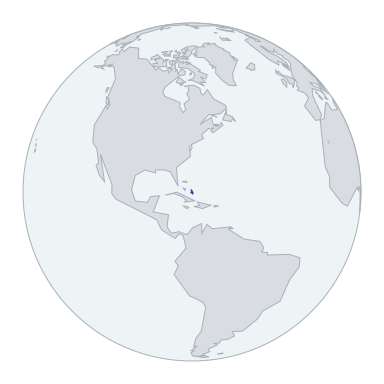 Long Island highlighted on a globe, orthographic projection
{"feature_id": "BHS-5033", "entity_name": "Long Island", "entity_type": "District", "adm_level": 1, "iso_a3": "BHS", "parent_name": "The Bahamas", "parent_adm1": "", "projection": "orthographic", "projection_center": [-75.131, 23.273], "detail": "fine", "context": "on_globe", "style": "filled", "palette": "violet", "viewbox_px": 384, "rotation_deg": 0, "n_neighbors": 0, "source": "natural_earth", "source_scale": "10m", "svg_char_len": 9546}
<svg xmlns="http://www.w3.org/2000/svg" viewBox="0 0 384 384"><circle cx="192" cy="192" r="169" fill="#eef3f6" stroke="#a8b0b8"/><path d="M183.1,235.5L179.1,233.7L175.2,238.4L161.6,229.9L156.8,219.8L115.8,199.1L111.7,193.2L112.0,184.7L100.4,153.9L104.5,181.6L99.5,175.4L96.0,165.1L98.6,163.3L96.9,148.8L92.8,142.4L94.4,124.8L106.3,105.2L107.3,109.0L110.0,104.3L108.9,99.4L107.6,97.4L115.6,78.4L113.8,66.4L107.7,66.7L113.4,63.9L98.1,67.7L93.7,66.0L102.1,65.6L105.6,63.9L104.3,61.3L107.6,59.1L108.8,56.8L112.9,54.5L117.5,55.0L120.2,53.7L119.1,52.1L122.5,49.1L123.7,51.7L129.7,47.0L138.6,48.1L138.6,58.7L146.9,59.1L155.9,70.1L158.5,67.8L163.5,71.2L168.3,70.0L168.6,72.9L172.2,69.6L171.1,67.2L172.3,65.1L175.0,64.4L175.8,67.7L174.6,68.5L176.3,69.2L175.5,71.2L177.4,69.8L178.1,74.2L181.5,68.8L185.5,71.6L184.8,74.8L179.6,75.7L165.1,87.1L162.8,91.5L164.9,96.4L180.0,102.5L179.7,107.2L183.2,112.7L185.8,109.3L184.0,103.9L189.7,99.3L186.8,93.7L188.7,91.3L187.9,85.5L193.8,85.3L199.9,88.3L200.9,93.3L203.6,94.9L207.3,89.6L213.6,98.8L225.5,105.3L226.5,108.1L220.1,113.9L208.4,114.9L200.1,124.4L211.3,117.4L213.6,125.3L216.4,126.4L219.7,125.7L221.1,122.5L223.1,125.3L212.8,132.8L210.8,130.3L214.1,127.8L208.6,128.6L201.7,134.6L203.4,138.6L191.1,144.8L192.2,147.9L190.1,151.3L189.2,145.8L190.6,156.1L176.4,167.7L178.0,186.0L170.2,171.7L163.5,169.9L155.5,169.9L155.6,172.9L144.9,170.0L135.2,175.5L131.6,189.6L135.3,201.0L147.2,202.4L150.8,196.5L159.5,195.8L153.2,211.9L168.5,214.8L167.0,226.9L171.4,233.2L179.1,231.7L187.0,234.7L192.6,227.7L201.7,223.6L202.0,233.3L206.9,224.3L212.1,228.7L230.1,227.0L228.7,229.3L243.9,239.0L260.0,241.5L263.8,247.7L261.9,252.2L267.4,252.4L267.5,255.1L289.2,254.3L299.9,257.8L299.3,266.8L289.8,279.4L280.1,301.2L262.7,311.0L257.5,319.0L242.7,331.0L232.3,331.7L234.5,335.9L228.1,339.2L221.2,340.0L219.3,343.1L214.2,343.5L217.2,345.1L208.1,349.1L209.9,351.6L203.2,354.2L204.5,355.4L202.2,355.4L199.6,356.0L199.2,356.6L192.3,355.6L191.1,352.6L194.0,351.0L191.0,350.7L197.3,345.9L193.7,346.9L195.6,338.9L201.2,331.4L205.8,307.1L202.3,301.9L189.5,295.8L174.1,274.6L178.3,265.7L174.9,261.3L186.1,248.1L183.1,235.5ZM34.3,152.0L35.6,148.3L35.3,151.4L34.3,152.0ZM36.0,145.6L35.6,146.9L35.9,145.7L36.0,145.6ZM36.0,144.4L36.0,145.2L35.8,144.6L36.0,144.4ZM35.8,143.2L35.9,143.7L35.8,143.2ZM177.1,192.2L194.6,200.8L184.7,202.0L186.6,200.4L182.2,196.8L173.9,193.5L165.2,195.1L177.1,192.2ZM36.0,140.3L36.1,139.4L36.4,139.5L36.0,140.3ZM184.9,182.2L181.9,181.5L184.8,181.4L184.9,182.2ZM106.4,97.0L108.6,99.6L108.3,105.1L106.1,103.1L106.4,97.0ZM107.4,87.5L109.3,87.8L106.1,92.3L106.0,90.7L107.4,87.5ZM102.6,67.7L103.8,69.0L101.5,68.5L102.6,67.7ZM108.3,56.9L106.9,57.3L108.1,55.9L108.3,56.9ZM184.8,86.1L186.3,85.9L185.7,87.0L184.8,86.1ZM183.0,84.0L181.1,85.6L180.0,84.9L181.1,83.9L183.0,84.0ZM115.5,51.4L117.9,49.4L116.2,51.5L115.5,51.4ZM185.5,82.3L178.2,83.4L176.2,82.1L179.0,77.4L185.5,82.3ZM119.8,48.2L125.5,43.7L122.9,44.1L133.4,41.0L125.1,45.6L123.5,48.0L122.4,47.3L119.8,48.2ZM169.5,66.9L170.9,69.3L167.2,68.1L169.5,66.9ZM166.8,66.6L153.8,66.8L153.1,63.1L157.6,63.7L154.7,59.9L160.8,58.0L163.8,59.7L163.0,62.3L165.9,59.6L166.8,66.6ZM138.2,40.2L140.3,39.4L139.0,40.4L138.2,40.2ZM172.4,64.2L169.9,64.4L169.1,61.2L174.1,60.3L172.7,61.6L172.4,64.2ZM150.9,60.0L151.3,57.6L156.3,55.4L157.1,54.3L160.9,57.7L150.9,60.0ZM174.3,61.9L176.7,59.9L179.5,60.8L174.9,63.8L174.3,61.9ZM166.8,60.9L166.6,59.4L168.4,59.8L166.8,60.9ZM191.0,63.4L188.0,63.4L187.3,61.7L191.0,63.4ZM177.4,59.1L176.4,58.9L175.8,58.3L177.9,57.2L177.4,59.1ZM164.1,56.0L166.2,55.7L162.8,54.5L166.5,53.0L168.3,55.6L169.1,53.9L170.2,53.5L170.5,56.2L164.1,56.0ZM178.2,54.5L181.8,57.8L187.6,58.0L188.4,59.4L178.9,58.9L178.2,54.5ZM173.6,55.2L176.6,55.0L176.0,56.7L173.6,58.0L173.6,55.2ZM168.3,51.2L162.2,52.7L162.0,52.1L168.3,51.2ZM180.0,54.1L179.1,53.4L180.5,53.9L180.0,54.1ZM172.0,51.6L169.9,52.2L169.7,51.4L172.0,51.6ZM179.0,51.5L180.2,52.5L178.6,53.3L179.0,51.5ZM175.9,51.3L176.1,50.2L177.3,53.0L175.0,51.6L175.9,51.3ZM172.2,50.8L171.4,50.6L173.1,50.7L172.2,50.8ZM184.4,48.3L186.2,51.6L182.7,53.2L181.4,49.7L184.4,48.3ZM203.6,357.5L192.8,356.0L199.0,356.8L203.6,355.6L209.1,356.7L203.6,357.5ZM217.1,354.1L222.3,353.0L223.4,353.2L220.1,354.0L217.1,354.1ZM320.3,82.0L324.2,87.5L319.9,83.2L310.9,72.2L308.1,69.3L320.3,82.0ZM302.9,64.5L302.4,64.3L296.5,59.4L301.7,64.0L303.0,64.8L306.2,67.9L305.2,67.4L303.2,65.6L303.7,66.7L313.3,76.1L315.7,77.9L319.8,84.8L324.1,88.8L326.8,92.7L320.6,87.7L317.7,84.6L309.9,82.3L313.3,85.9L320.9,88.7L320.5,89.5L325.1,95.3L321.3,91.6L312.1,88.4L312.8,95.9L321.6,115.0L320.3,119.6L315.7,120.4L304.6,106.1L308.6,97.6L304.8,93.1L297.2,90.1L299.0,88.0L296.5,86.0L297.3,82.9L291.9,75.0L291.7,71.8L283.2,65.7L282.0,63.4L287.4,67.6L291.1,69.1L289.9,62.5L287.8,60.3L282.4,57.0L282.8,55.9L277.6,53.7L273.8,49.3L274.1,52.9L267.7,50.0L261.9,46.1L259.9,45.9L269.3,52.4L273.0,54.5L276.1,55.2L286.2,62.5L288.0,65.6L277.6,61.0L278.9,65.1L270.2,60.4L250.1,44.6L245.0,40.1L250.1,37.4L255.0,39.4L255.6,41.2L261.0,41.6L257.7,40.5L258.0,39.9L252.0,37.5L251.9,37.0L246.2,35.8L245.5,35.0L249.1,35.7L239.5,32.1L236.2,30.3L234.0,29.8L232.7,29.8L229.4,27.9L227.9,27.7L228.5,28.2L225.9,28.2L220.2,27.6L219.4,26.9L221.4,27.0L224.2,26.7L229.5,27.5L228.6,27.3L223.8,26.4L220.3,26.8L217.1,26.7L218.1,26.2L217.5,26.3L215.6,26.1L213.0,25.4L211.6,25.9L192.3,26.1L185.3,25.4L188.4,24.5L174.0,25.6L167.3,25.8L167.8,26.0L161.2,27.5L163.3,27.4L163.0,27.7L147.1,32.5L142.8,33.6L136.5,37.0L136.7,37.3L139.6,36.7L133.4,41.0L122.9,44.1L122.9,43.2L116.4,46.2L117.2,43.9L114.9,43.8L119.6,40.3L117.3,41.0L115.0,42.2L110.2,44.3L109.3,44.7L117.4,40.4L120.0,39.2L124.8,38.7L123.7,38.1L127.0,36.9L128.5,36.0L127.4,36.0L125.4,36.8L132.3,33.9L143.8,30.1L155.6,27.0L167.5,24.8L179.5,23.5L191.7,23.0L203.8,23.5L215.8,24.7L227.8,26.9L239.5,29.9L251.0,33.7L262.2,38.3L273.1,43.8L283.5,50.0L293.5,56.9L302.9,64.5ZM359.6,213.0L360.0,202.1L360.1,189.6L359.3,186.5L358.4,190.8L357.1,187.2L356.2,189.1L347.3,206.1L342.0,203.1L329.8,187.2L329.6,176.5L325.2,166.8L320.2,120.5L324.1,118.6L325.7,102.8L326.8,102.3L332.0,110.1L337.5,109.5L333.0,101.3L332.7,98.5L332.1,97.5L338.5,107.8L344.2,118.6L349.0,129.7L353.1,141.1L356.3,152.8L358.7,164.7L360.3,176.7L360.9,188.8L360.7,200.9L359.6,213.0ZM327.7,140.5L329.2,143.5L327.7,140.5ZM230.6,226.8L232.8,228.5L229.9,228.8L230.6,226.8ZM183.4,206.1L187.1,206.3L189.0,207.8L186.2,208.4L183.4,206.1ZM214.4,205.4L218.6,206.0L214.2,207.1L214.4,205.4ZM197.4,201.9L211.0,205.3L202.5,208.6L193.9,206.5L199.8,205.5L197.4,201.9ZM183.2,188.1L185.5,188.8L184.9,190.6L183.2,188.1ZM187.1,182.2L186.2,182.4L185.0,180.8L187.1,182.2ZM214.2,124.8L215.1,124.3L218.4,124.3L216.9,125.8L214.2,124.8ZM232.7,116.9L235.6,121.6L232.5,119.0L231.0,121.6L222.7,119.9L226.6,109.4L226.3,114.3L232.7,116.9ZM212.7,115.3L217.5,117.2L212.1,115.6L212.7,115.3ZM281.3,79.2L283.8,79.1L286.7,82.1L286.8,87.3L282.6,83.0L281.3,79.2ZM286.6,78.5L276.2,73.2L275.7,70.1L277.7,72.6L278.5,71.2L281.9,74.9L291.6,77.7L294.8,80.6L293.3,87.9L292.0,83.7L289.7,83.9L286.6,78.5ZM250.6,69.2L246.1,68.1L250.8,62.8L254.5,64.6L254.9,69.6L250.7,70.4L250.6,69.2ZM191.9,74.3L189.9,75.0L189.6,73.9L191.2,72.5L191.9,74.3ZM189.6,63.5L200.5,70.4L198.8,71.5L207.3,74.8L205.9,79.0L200.4,76.6L205.7,82.6L200.3,82.1L204.4,86.1L192.4,80.3L187.7,80.4L193.4,78.5L194.8,74.6L194.0,72.9L188.2,68.6L178.7,67.5L178.6,63.9L181.0,61.6L183.3,61.2L182.6,63.6L186.1,61.5L186.9,64.8L189.6,63.5ZM209.4,43.0L207.7,44.8L214.8,43.2L215.6,45.6L216.4,45.3L219.1,47.2L223.8,49.0L223.4,50.2L225.4,50.5L227.2,51.9L229.8,52.7L230.0,55.2L233.2,56.6L231.5,57.0L236.9,58.7L233.0,58.6L235.0,60.8L237.7,59.8L232.6,73.4L233.4,80.0L236.3,85.7L229.2,85.4L221.9,80.1L215.6,73.1L215.8,67.1L212.6,68.3L211.7,65.9L214.6,66.0L209.6,64.5L209.6,62.6L204.0,57.7L196.7,57.3L194.5,55.7L197.4,55.0L193.1,54.0L197.1,51.6L195.6,50.5L198.0,47.2L204.5,46.8L202.3,45.6L204.0,43.4L209.4,43.0ZM185.3,47.4L192.8,45.7L197.0,46.4L191.0,51.8L191.8,53.2L188.2,57.2L182.2,56.2L183.8,55.1L184.0,53.9L185.8,54.6L184.4,53.1L186.6,51.6L186.1,50.1L188.7,49.9L185.3,47.4ZM324.8,98.3L325.1,97.4L324.7,95.4L327.6,99.2L324.8,98.3ZM318.7,96.2L318.5,94.7L322.4,98.6L322.2,99.8L318.7,96.2ZM315.0,90.8L318.2,94.3L316.3,93.1L315.0,90.8ZM286.8,66.3L286.1,64.8L287.4,65.4L289.3,67.0L286.8,66.3ZM230.5,40.3L228.9,40.8L227.9,40.4L222.3,40.2L221.2,38.7L224.1,38.2L230.5,40.3ZM324.0,86.5L323.9,86.4L323.5,85.9L324.0,86.5ZM327.6,93.1L327.7,92.3L328.4,94.2L327.6,93.1ZM228.4,38.6L226.2,38.6L227.0,37.9L228.4,38.6ZM220.1,37.6L220.5,36.6L220.4,38.5L220.1,37.6ZM216.0,28.5L225.1,30.1L230.9,30.9L233.0,30.6L233.9,32.1L224.9,30.8L216.0,28.5ZM195.3,26.3L193.5,27.1L191.7,26.7L191.9,26.5L195.3,26.3ZM196.1,26.9L198.7,28.1L196.0,28.6L194.4,27.4L196.1,26.9ZM213.9,32.4L216.7,32.9L215.9,33.4L213.9,32.4ZM139.4,39.1L140.2,39.4L138.4,39.8L139.4,39.1ZM164.3,27.6L163.6,28.1L161.5,28.4L164.3,27.6ZM160.6,29.8L163.5,29.1L160.8,30.1L160.6,29.8ZM169.9,27.8L164.8,29.0L169.2,27.5L169.9,27.8Z" fill="#d9dde1" stroke="#a8b0b8" stroke-width="1"/><path d="M192.7,192.9L192.8,192.9L192.8,193.0L192.7,193.2L192.6,192.9L192.5,192.7L192.4,192.6L192.1,192.5L192.0,192.4L191.8,192.3L191.7,192.3L191.8,192.2L191.9,192.3L192.0,192.4L192.1,192.5L192.2,192.4L192.0,192.2L192.0,191.9L192.0,191.7L191.9,191.7L191.9,191.8L191.9,191.7L191.7,191.5L191.8,191.4L191.7,191.4L191.7,191.2L191.5,190.9L191.5,191.0L191.5,190.9L191.4,190.9L191.4,191.0L191.4,190.9L191.5,190.9L191.7,191.1L191.8,191.2L191.8,191.3L191.9,191.5L192.1,191.9L192.1,192.0L192.1,192.3L192.3,192.4L192.5,192.5L192.8,192.8L192.7,192.9Z" fill="#8b5cf6" stroke="#5b21b6" stroke-width="1.5"/></svg>